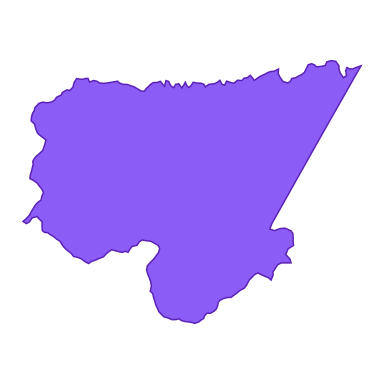 Rubiataba, Goiás, Brazil (Robinson projection)
{"feature_id": "56859067B12636135520213", "entity_name": "Rubiataba", "entity_type": "district", "adm_level": 2, "iso_a3": "BRA", "parent_name": "Brazil", "parent_adm1": "Goiás", "projection": "robinson", "projection_center": [-49.897, -15.198], "detail": "fine", "context": "isolated", "style": "filled", "palette": "violet", "viewbox_px": 384, "rotation_deg": 0, "n_neighbors": 0, "source": "geoboundaries", "source_scale": "gbopen_adm2", "svg_char_len": 3140}
<svg xmlns="http://www.w3.org/2000/svg" viewBox="0 0 384 384"><path d="M23.0,221.4L26.4,223.6L29.2,222.0L32.1,218.0L36.9,216.5L39.6,219.4L42.1,221.7L42.0,227.1L42.4,230.7L44.6,232.4L47.8,232.7L50.5,234.8L53.5,236.5L56.6,239.1L60.0,241.2L62.4,245.2L64.5,247.8L67.4,250.6L71.0,253.1L73.6,256.5L77.2,257.2L81.5,258.9L84.9,261.6L88.6,263.5L91.6,261.4L95.1,260.3L99.6,258.3L103.5,256.8L106.2,253.8L108.6,251.9L111.6,249.8L117.6,251.3L122.0,252.4L125.5,251.3L128.0,252.3L129.6,249.7L132.1,246.4L137.1,245.3L139.1,242.1L142.0,240.0L145.5,240.6L150.7,241.2L155.9,244.0L158.2,245.5L159.7,248.2L158.7,252.3L155.4,256.8L153.6,259.2L150.8,262.0L147.4,265.7L146.6,269.9L147.4,273.0L149.0,277.1L150.7,281.7L151.4,286.2L150.2,291.1L152.7,293.6L153.7,297.8L154.7,300.8L155.7,304.6L159.0,311.9L163.9,316.8L168.1,318.0L172.1,319.7L176.0,319.6L179.0,318.8L181.5,320.6L185.0,321.5L187.8,321.8L192.1,322.5L194.8,323.4L199.0,321.8L201.0,320.1L203.6,318.5L204.7,315.7L206.8,313.3L210.5,313.2L214.1,311.2L216.3,309.0L217.6,305.9L218.2,302.4L220.1,300.2L223.3,298.6L227.3,297.5L231.0,297.4L234.1,295.1L237.0,293.0L240.0,290.4L244.1,288.3L246.4,285.5L249.0,280.3L251.7,277.6L254.5,274.6L257.9,273.0L263.9,275.9L268.4,277.7L271.1,280.1L273.1,275.1L272.9,272.1L277.6,264.8L281.3,262.9L291.0,262.9L290.0,259.1L285.7,254.4L288.2,248.8L293.6,245.3L293.1,242.0L293.2,237.9L292.8,233.4L291.0,230.8L284.7,228.1L279.6,228.7L274.5,230.7L269.8,229.0L272.0,223.4L303.7,166.9L328.8,122.4L361.0,65.8L356.4,67.4L352.5,69.0L349.6,68.9L347.0,67.5L345.6,70.6L346.6,75.6L343.4,77.6L340.3,73.2L339.1,69.5L338.8,65.5L335.7,61.3L331.2,60.6L326.9,61.8L325.0,65.7L320.1,66.5L316.3,66.8L314.4,64.8L311.6,63.7L308.3,64.7L306.6,68.0L304.4,72.4L301.7,74.5L299.0,75.8L295.4,77.9L291.8,78.4L290.2,81.5L287.8,82.9L283.2,81.6L280.2,77.6L278.2,73.6L278.5,69.0L274.2,71.2L271.0,71.5L267.9,72.5L264.9,74.2L259.8,76.5L254.1,80.5L252.7,78.2L250.2,75.3L247.4,77.6L244.0,78.2L241.9,80.6L237.5,80.2L234.2,83.2L231.1,82.6L226.6,81.1L224.6,85.2L222.1,84.3L219.8,80.3L217.6,82.1L214.6,83.7L208.7,84.4L205.3,86.9L203.7,84.1L200.5,83.1L197.3,83.1L193.2,82.3L191.0,85.6L188.9,87.5L186.9,85.7L185.3,82.2L184.0,84.7L181.8,87.9L178.8,83.8L175.7,84.3L173.6,87.7L170.9,86.0L168.6,81.4L165.9,80.6L164.5,86.3L160.3,81.3L157.5,82.4L153.1,82.7L150.8,84.2L148.6,86.3L146.5,88.3L144.3,91.2L141.3,91.0L138.2,89.3L134.3,86.9L131.5,86.0L127.2,84.5L123.1,84.3L119.5,83.1L117.5,81.2L113.5,81.9L108.4,82.8L103.5,83.4L99.4,82.9L97.3,81.4L93.8,80.5L89.5,82.0L88.0,78.4L85.5,78.5L82.5,79.3L79.1,79.1L76.7,78.5L74.2,82.3L72.9,87.2L69.6,90.6L67.1,89.8L64.8,91.0L62.4,92.4L61.2,95.1L58.9,96.1L56.5,97.3L54.8,99.9L51.9,101.9L47.6,102.8L42.5,102.2L38.9,103.4L36.9,105.5L35.0,107.5L34.2,110.7L32.6,113.2L31.6,116.5L31.1,120.8L34.6,124.1L35.8,128.9L37.5,133.1L39.9,135.3L42.8,137.5L45.9,139.9L45.0,143.7L43.8,147.5L42.7,150.4L40.9,152.2L38.4,154.4L35.9,156.6L34.1,158.8L32.8,161.4L33.2,164.4L32.4,167.3L31.3,171.9L30.4,174.8L29.9,178.6L33.1,180.2L36.9,182.9L42.1,189.6L43.4,192.4L41.8,196.4L41.1,200.0L37.8,202.4L35.2,205.2L32.9,209.0L31.4,211.6L29.5,215.1L26.1,218.8L23.0,221.4Z" fill="#8b5cf6" stroke="#5b21b6" stroke-width="1.5"/></svg>